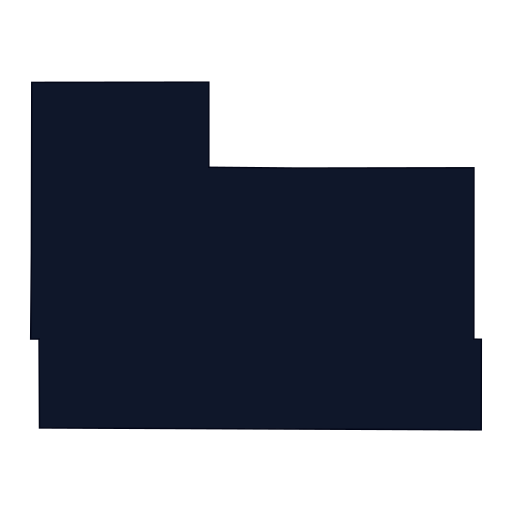 Edwards, Kansas, United States of America (Robinson projection)
{"feature_id": "52423323B66155229514524", "entity_name": "Edwards", "entity_type": "district", "adm_level": 2, "iso_a3": "USA", "parent_name": "United States of America", "parent_adm1": "Kansas", "projection": "robinson", "projection_center": [-99.339, 37.91], "detail": "fine", "context": "isolated", "style": "filled", "palette": "ink", "viewbox_px": 512, "rotation_deg": 0, "n_neighbors": 0, "source": "geoboundaries", "source_scale": "gbopen_adm2", "svg_char_len": 280}
<svg xmlns="http://www.w3.org/2000/svg" viewBox="0 0 512 512"><path d="M31.4,253.3L30.7,339.0L39.1,339.0L39.5,427.9L481.2,429.8L481.3,339.3L473.8,339.2L473.9,167.8L297.4,168.1L208.8,167.3L208.8,82.2L31.8,82.4L31.4,253.3Z" fill="#0f172a" stroke="#020617" stroke-width="1.5"/></svg>